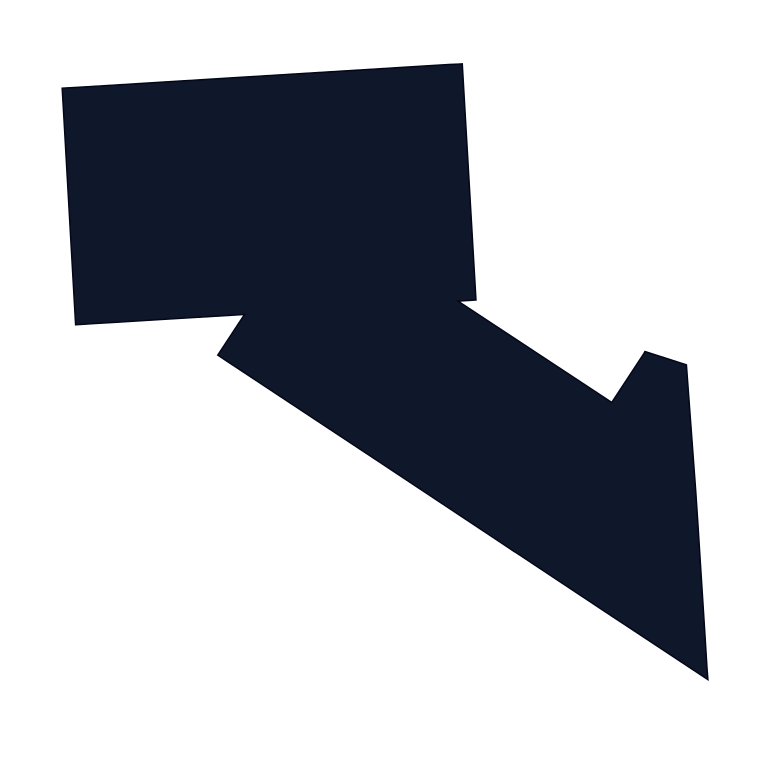 the district of General Belgrano, Chaco, Argentina, rotated 356°
{"feature_id": "61730980B57634400026456", "entity_name": "General Belgrano", "entity_type": "district", "adm_level": 2, "iso_a3": "ARG", "parent_name": "Argentina", "parent_adm1": "Chaco", "projection": "mercator", "projection_center": [-61.053, -26.902], "detail": "fine", "context": "isolated", "style": "filled", "palette": "ink", "viewbox_px": 768, "rotation_deg": 356, "n_neighbors": 0, "source": "geoboundaries", "source_scale": "gbopen_adm2", "svg_char_len": 695}
<svg xmlns="http://www.w3.org/2000/svg" viewBox="0 0 768 768"><g transform="rotate(356 384 384)"><path d="M687.1,587.0L687.4,541.4L687.5,511.2L687.0,386.0L646.6,369.8L645.2,372.0L609.9,418.3L466.1,308.4L463.8,306.5L475.9,306.6L481.6,306.6L482.5,231.0L484.4,70.1L480.9,70.1L471.3,69.8L447.5,69.6L257.3,68.0L196.0,67.5L99.6,66.7L86.5,66.5L83.6,66.5L83.2,98.9L82.1,182.2L80.5,303.4L100.9,303.5L115.7,303.7L166.5,304.1L249.7,304.9L244.7,311.5L243.2,313.4L220.2,343.6L229.8,351.0L356.2,447.9L360.8,451.4L370.3,458.7L494.6,554.3L501.9,560.0L503.4,561.0L507.2,563.9L596.0,632.2L605.2,639.2L686.5,701.5L686.4,688.8L686.7,651.9L687.1,587.0Z" fill="#0f172a" stroke="#020617" stroke-width="1.5"/></g></svg>